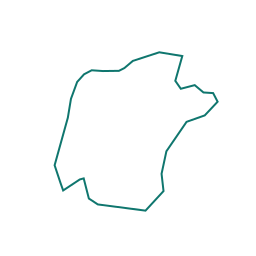 SVG path tracing the border of Warrington, rotated 132°
{"feature_id": "GBR-2774", "entity_name": "Warrington", "entity_type": "Unitary Authority", "adm_level": 1, "iso_a3": "GBR", "parent_name": "United Kingdom", "parent_adm1": "", "projection": "robinson", "projection_center": [-2.569, 53.387], "detail": "fine", "context": "isolated", "style": "outline", "palette": "teal", "viewbox_px": 256, "rotation_deg": 132, "n_neighbors": 0, "source": "natural_earth", "source_scale": "10m", "svg_char_len": 513}
<svg xmlns="http://www.w3.org/2000/svg" viewBox="0 0 256 256"><g transform="rotate(132 128 128)"><path d="M48.5,79.0L67.3,79.4L84.2,88.6L119.6,83.9L139.6,72.4L151.1,59.4L177.7,59.7L205.0,99.3L206.6,109.9L195.1,127.2L198.5,129.4L217.8,134.4L214.0,141.4L204.8,157.6L160.6,179.6L144.5,189.9L127.8,196.6L117.5,196.6L109.4,193.6L102.5,184.8L91.6,173.0L85.9,170.8L74.9,169.3L50.8,155.4L38.2,135.8L61.3,124.4L63.5,115.0L51.5,107.1L51.1,95.7L45.1,88.1L48.5,79.0Z" fill="none" stroke="#0f766e" stroke-width="2"/></g></svg>